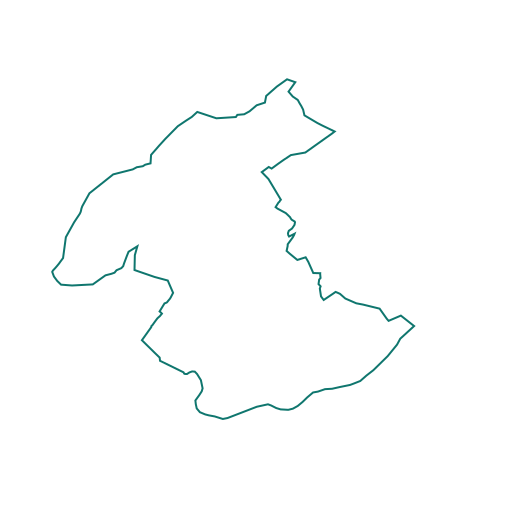 Ajingi, Kano, Nigeria (Equal Earth projection), rotated 223°
{"feature_id": "59680162B27639129809368", "entity_name": "Ajingi", "entity_type": "district", "adm_level": 2, "iso_a3": "NGA", "parent_name": "Nigeria", "parent_adm1": "Kano", "projection": "equal_earth", "projection_center": [9.085, 11.959], "detail": "fine", "context": "isolated", "style": "outline", "palette": "teal", "viewbox_px": 512, "rotation_deg": 223, "n_neighbors": 0, "source": "geoboundaries", "source_scale": "gbopen_adm2", "svg_char_len": 2749}
<svg xmlns="http://www.w3.org/2000/svg" viewBox="0 0 512 512"><g transform="rotate(223 256 256)"><path d="M129.7,301.8L144.7,293.4L150.4,289.8L161.7,285.8L168.7,285.6L170.0,285.2L171.2,284.8L173.3,284.0L173.9,281.2L176.5,270.0L180.9,270.8L187.1,275.7L188.1,277.9L191.1,278.1L193.7,281.8L193.8,283.9L197.0,286.8L197.3,287.2L202.5,282.6L213.8,287.4L218.8,288.9L223.1,281.3L232.9,280.7L237.1,280.6L239.6,284.8L240.8,286.2L241.8,294.6L242.5,297.4L243.0,298.6L243.5,297.1L245.1,292.8L246.7,293.3L248.2,294.5L249.2,296.8L248.4,300.6L248.8,303.4L249.1,305.1L249.9,306.3L250.5,307.3L251.2,307.6L254.6,306.9L256.1,307.1L257.4,307.6L261.1,307.7L263.5,307.7L272.7,305.3L275.0,305.1L276.0,310.3L275.9,311.9L276.2,312.9L276.2,314.1L299.4,320.8L309.0,321.3L307.4,329.8L304.2,330.6L302.7,338.5L301.4,344.8L299.3,353.6L290.5,365.3L285.6,389.3L283.9,397.5L283.4,400.7L296.6,396.6L301.9,395.1L316.5,391.9L321.4,395.2L325.3,396.6L328.2,397.4L331.8,398.6L337.9,397.7L344.3,398.4L345.8,409.9L353.8,406.4L356.3,394.1L357.7,380.0L354.1,374.3L357.9,367.4L358.3,366.7L359.4,357.4L361.3,351.6L365.9,346.5L365.5,343.9L378.9,329.7L397.2,321.3L397.8,313.9L399.5,307.2L401.7,297.6L402.2,279.9L402.1,270.8L401.7,258.4L396.3,251.8L398.3,248.8L399.3,247.2L400.0,244.5L402.5,241.2L403.7,239.7L405.2,235.3L416.1,218.3L420.6,188.3L417.0,173.9L416.0,171.6L414.9,169.8L414.3,168.6L413.7,166.8L413.3,164.4L412.8,161.3L412.0,156.6L407.9,140.1L395.7,122.9L395.2,118.3L394.9,116.1L394.8,114.5L394.7,113.0L394.6,110.2L394.6,109.9L394.6,109.7L394.6,109.4L394.6,109.2L394.6,108.9L394.6,108.7L394.6,106.8L394.2,105.4L389.8,103.2L384.4,102.2L379.0,102.1L370.4,109.0L356.0,123.9L352.9,139.2L349.6,144.4L348.1,147.3L348.3,150.5L346.2,155.3L346.2,158.0L347.4,160.5L350.5,168.0L352.1,172.2L349.4,182.2L345.2,174.0L335.3,162.9L333.2,163.8L315.9,171.5L303.8,177.9L301.1,176.7L291.5,172.5L290.1,167.5L289.8,166.0L289.7,163.9L289.5,161.4L290.0,160.0L290.6,159.0L290.1,156.5L288.7,149.7L286.9,149.8L285.5,149.7L285.4,147.8L285.3,146.3L285.5,144.7L285.6,143.1L285.3,140.3L285.0,137.8L284.6,134.9L284.7,133.4L284.1,132.5L282.0,116.6L263.5,116.1L257.2,116.0L254.7,113.9L229.7,121.5L228.3,121.0L227.5,121.3L226.0,122.6L225.3,125.4L224.0,128.0L221.9,129.7L218.6,129.5L211.6,127.6L204.8,122.8L203.4,120.0L202.6,115.5L201.8,109.0L199.0,106.6L195.4,104.1L190.5,103.5L185.1,105.5L181.8,107.3L176.8,110.5L169.1,114.2L166.3,118.1L152.6,146.3L146.1,155.7L143.0,157.0L137.5,158.6L133.4,160.6L127.5,165.5L124.9,169.5L123.2,174.8L122.4,181.0L122.1,187.5L121.2,195.1L118.2,199.1L114.7,205.7L109.8,210.8L105.5,217.1L99.3,225.8L97.4,229.6L94.5,235.7L93.7,243.8L92.3,252.5L91.4,272.5L92.4,287.4L94.1,293.9L92.6,312.6L109.4,311.2L114.8,299.0L117.6,299.3L129.7,301.8Z" fill="none" stroke="#0f766e" stroke-width="2"/></g></svg>